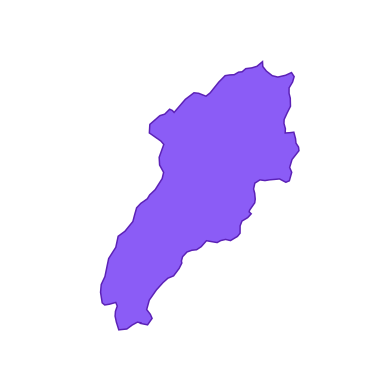 the district of Uppsala, Uppsala, Sweden, rotated 125°
{"feature_id": "70781695B50893548218993", "entity_name": "Uppsala", "entity_type": "district", "adm_level": 2, "iso_a3": "SWE", "parent_name": "Sweden", "parent_adm1": "Uppsala", "projection": "natural_earth1", "projection_center": [17.723, 59.956], "detail": "fine", "context": "isolated", "style": "filled", "palette": "violet", "viewbox_px": 384, "rotation_deg": 125, "n_neighbors": 0, "source": "geoboundaries", "source_scale": "gbopen_adm2", "svg_char_len": 1732}
<svg xmlns="http://www.w3.org/2000/svg" viewBox="0 0 384 384"><g transform="rotate(125 192 192)"><path d="M44.8,209.0L51.8,210.9L56.0,214.2L60.1,218.7L64.8,219.9L67.1,222.6L71.7,224.7L74.5,228.3L77.7,231.6L86.5,233.1L100.4,234.0L105.5,235.5L107.3,243.1L109.6,247.3L119.9,250.6L137.1,252.3L136.5,254.8L137.0,257.8L138.1,258.0L143.9,259.0L145.4,260.2L147.7,262.0L148.6,262.3L160.7,265.3L161.5,264.9L168.1,260.8L168.1,251.5L168.1,246.7L169.2,242.4L182.4,238.8L188.5,234.0L192.2,226.5L198.2,224.1L211.2,223.5L218.6,225.0L223.2,224.7L230.6,227.4L236.7,228.3L243.6,225.9L250.1,223.5L262.6,224.4L270.6,227.1L281.0,222.7L294.3,222.1L302.0,218.8L311.2,214.8L319.8,213.3L326.6,209.4L334.3,202.0L334.6,198.7L331.3,195.3L326.2,191.1L328.3,187.8L333.6,186.3L337.8,183.8L341.9,179.4L346.9,172.9L341.6,166.8L335.3,164.7L330.0,162.1L328.5,159.0L329.2,158.9L326.3,152.2L318.4,152.2L316.1,156.0L314.3,161.7L305.0,165.0L292.6,165.0L282.8,163.8L276.4,162.3L271.3,159.0L262.0,158.7L256.0,159.6L254.6,161.1L250.4,162.6L244.0,161.7L239.8,158.7L236.6,155.1L231.5,153.1L223.6,152.2L221.8,148.3L219.0,142.4L215.3,140.6L211.6,137.3L209.7,132.6L202.3,129.3L198.2,129.0L192.1,133.2L187.1,134.4L181.1,131.7L175.9,131.0L175.5,133.8L173.7,134.4L164.9,134.4L161.6,136.1L157.0,140.0L154.2,143.3L148.7,145.6L143.1,143.3L140.8,138.8L137.6,135.5L134.4,131.7L131.1,127.8L130.2,120.7L127.0,118.7L118.7,121.6L115.9,126.1L108.0,128.7L96.8,128.1L94.1,130.5L92.3,134.9L89.0,137.7L84.6,142.9L87.5,146.1L90.2,149.5L86.6,151.8L83.1,156.0L79.8,158.1L72.7,159.4L65.3,160.5L62.6,162.5L58.8,165.3L55.5,169.1L51.0,172.2L44.2,172.7L38.9,174.5L37.1,179.0L42.7,182.3L48.6,187.6L50.7,193.0L50.3,200.4L48.6,206.0L44.8,209.0Z" fill="#8b5cf6" stroke="#5b21b6" stroke-width="1.5"/></g></svg>